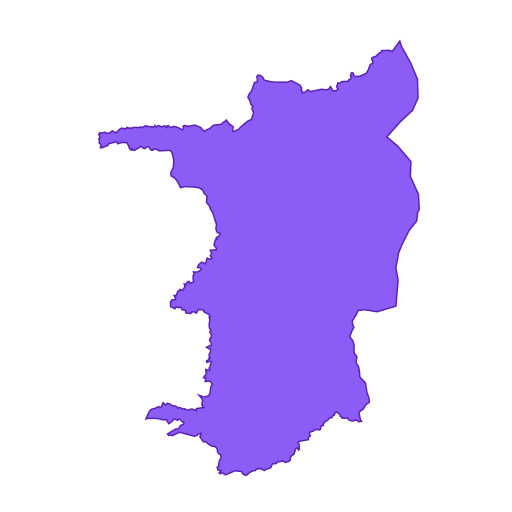 outline of Pano Panagia, Paphos, Cyprus, rotated 2°
{"feature_id": "46923920B33714587896947", "entity_name": "Pano Panagia", "entity_type": "district", "adm_level": 2, "iso_a3": "CYP", "parent_name": "Cyprus", "parent_adm1": "Paphos", "projection": "orthographic", "projection_center": [32.621, 34.95], "detail": "fine", "context": "isolated", "style": "filled", "palette": "violet", "viewbox_px": 512, "rotation_deg": 2, "n_neighbors": 0, "source": "geoboundaries", "source_scale": "gbopen_adm2", "svg_char_len": 6089}
<svg xmlns="http://www.w3.org/2000/svg" viewBox="0 0 512 512"><g transform="rotate(2 256 256)"><path d="M392.2,36.2L385.0,46.7L382.4,45.9L374.5,46.2L373.9,47.9L371.9,49.1L369.0,52.1L365.1,53.7L364.7,55.3L365.5,56.3L366.1,59.5L363.8,60.4L362.3,63.9L362.2,65.2L359.9,69.5L353.5,72.7L348.7,73.2L347.4,72.3L346.7,69.9L345.6,69.4L344.9,69.7L344.1,72.7L345.2,74.7L344.3,76.0L342.5,76.6L342.3,78.1L335.3,78.8L333.7,80.5L331.9,80.1L330.6,84.0L332.1,86.4L330.3,88.0L327.1,88.2L324.5,84.1L323.0,86.6L320.8,87.4L315.3,87.1L305.4,89.6L303.6,89.5L302.6,88.1L301.8,88.2L299.2,90.6L296.5,91.2L296.3,89.6L295.3,88.7L295.8,86.6L293.8,83.6L285.2,79.5L281.5,81.2L268.6,81.6L263.4,81.1L258.0,79.9L256.4,77.0L253.7,75.2L251.4,75.3L250.5,76.8L251.3,79.6L251.0,82.0L248.4,82.7L245.8,91.1L243.1,95.1L242.4,97.8L244.2,100.4L245.8,105.0L247.7,106.6L246.7,108.6L248.6,113.0L246.5,119.8L243.2,121.4L239.0,124.9L238.5,126.1L237.2,126.6L234.1,130.1L228.8,132.5L228.2,132.0L228.7,127.7L224.5,124.7L221.5,121.1L219.8,123.2L218.8,123.3L217.0,125.5L208.9,126.8L204.8,130.7L203.3,131.0L200.4,132.9L198.2,132.0L196.4,129.5L190.5,127.3L184.1,128.7L179.8,128.1L178.6,128.8L179.3,130.3L178.2,132.5L172.0,129.7L168.9,129.4L167.8,130.3L165.1,130.0L163.9,128.7L162.8,128.9L162.7,130.6L161.8,130.8L160.7,129.2L159.4,129.2L157.5,130.3L153.8,129.0L151.9,130.6L150.4,129.3L150.5,129.9L148.5,130.9L147.8,130.3L145.5,130.6L142.6,129.9L141.7,130.6L141.0,129.8L137.3,131.6L135.9,131.0L135.3,131.7L129.2,131.7L128.3,132.4L126.2,132.4L125.8,133.0L122.4,131.9L121.8,133.5L117.1,132.9L114.9,134.4L111.9,137.9L108.0,135.9L105.2,138.2L102.5,138.5L100.5,137.6L97.0,138.7L95.9,138.1L94.5,139.8L95.8,142.3L95.6,143.9L94.8,144.4L95.5,145.6L95.3,148.4L96.3,149.0L97.3,151.1L96.7,153.0L97.5,152.8L97.8,153.4L104.2,150.6L104.7,149.1L112.5,146.6L114.1,148.7L118.1,147.2L123.0,147.3L125.0,150.6L126.0,153.5L128.2,153.3L127.6,154.4L130.9,154.6L137.3,150.4L139.3,152.1L141.1,152.6L143.2,150.7L144.6,150.5L145.4,150.9L146.8,153.4L148.1,154.0L149.4,153.8L150.2,152.7L152.8,152.8L155.7,154.3L166.3,153.4L168.5,155.6L170.5,163.1L170.3,170.1L168.0,175.6L168.3,178.9L172.1,180.8L175.6,185.3L178.2,190.4L182.5,189.1L192.1,189.2L196.7,189.8L200.4,191.9L201.8,195.0L205.0,197.9L204.6,204.3L207.8,207.6L208.6,210.4L211.4,214.4L214.6,224.0L215.1,224.0L215.4,225.4L215.0,230.4L215.5,231.8L216.5,233.9L219.4,234.8L218.5,237.4L215.7,238.9L216.2,240.7L215.2,240.7L214.7,241.5L213.6,246.0L213.8,246.9L216.2,249.7L216.4,251.1L210.1,251.9L211.6,254.7L210.3,257.5L212.1,259.5L211.0,260.5L208.9,260.6L207.4,259.8L205.6,265.6L203.2,264.3L201.7,264.2L199.0,266.7L197.9,269.5L201.2,269.9L202.1,271.0L199.8,273.1L197.1,274.2L194.0,274.1L195.0,275.8L193.9,277.4L193.9,280.9L194.6,283.9L190.8,285.7L190.2,283.9L188.6,283.9L186.9,286.9L185.3,286.4L186.0,289.3L183.8,292.9L181.1,292.1L180.8,293.2L179.3,293.8L177.4,298.5L175.5,298.3L177.3,301.7L176.2,302.6L173.7,302.7L172.2,304.7L172.4,309.6L176.9,311.5L177.4,310.0L179.2,309.8L180.0,310.4L182.8,309.8L183.9,312.3L187.5,312.7L187.7,315.2L192.8,315.8L193.7,314.2L196.6,314.0L198.2,315.2L198.8,314.8L199.4,312.5L200.3,311.7L203.7,311.6L205.5,311.7L205.7,313.5L211.7,316.5L212.1,318.6L211.3,318.6L212.0,321.3L211.6,325.9L211.9,329.5L213.5,331.7L212.4,333.3L214.1,336.2L214.2,338.7L212.7,340.2L212.6,342.0L214.1,343.9L214.6,346.4L209.7,348.9L211.9,350.2L213.6,350.4L213.9,353.7L212.6,355.6L212.9,358.8L213.6,359.4L213.2,360.5L212.4,360.2L212.0,361.6L210.2,362.5L210.5,364.0L214.5,362.8L215.2,363.5L214.2,366.0L214.3,367.5L213.0,369.7L213.8,371.5L213.0,372.0L209.9,371.1L209.9,373.4L210.8,374.8L207.8,379.4L209.8,379.7L210.0,381.5L209.6,383.2L214.3,382.5L216.8,385.5L215.7,387.3L215.1,390.3L215.0,394.6L213.3,397.4L209.0,398.8L203.9,397.1L206.9,400.5L207.7,402.7L207.1,405.7L207.3,407.2L209.2,409.2L201.7,410.6L201.7,412.7L197.3,411.1L192.9,412.5L189.6,411.1L189.3,411.8L184.8,410.0L183.2,410.9L182.6,409.8L180.8,408.8L177.5,408.6L175.2,406.9L172.4,406.3L170.9,408.1L168.1,405.9L166.8,410.0L165.3,410.7L164.0,409.9L159.9,412.0L156.7,412.9L154.8,415.0L151.7,422.6L154.0,422.0L162.7,421.8L169.6,423.0L172.4,422.7L173.1,424.6L174.8,426.7L178.6,423.4L179.0,422.1L180.8,421.8L183.4,423.0L184.0,421.9L185.2,421.6L188.7,424.6L189.9,424.7L189.2,426.8L186.6,427.9L184.6,431.6L182.0,431.6L173.8,436.9L174.2,437.6L175.2,438.4L176.6,437.8L178.5,438.5L185.9,434.8L200.7,438.3L203.5,437.3L204.6,435.9L207.4,435.1L206.3,438.7L209.8,443.5L212.4,443.4L215.2,445.8L218.4,447.5L221.6,447.8L224.1,450.1L224.2,452.6L225.3,454.3L226.3,455.5L227.7,456.0L228.1,459.7L226.8,461.1L226.0,464.9L226.1,467.3L224.6,468.4L225.2,471.0L228.5,471.7L226.6,474.1L227.9,474.8L229.9,473.9L233.1,475.8L242.4,471.4L249.2,471.9L250.5,474.5L253.6,475.6L254.9,474.9L256.9,472.7L260.9,470.6L262.9,470.5L263.5,469.4L265.4,468.5L267.5,468.6L268.4,467.8L269.2,468.9L271.8,470.1L274.0,468.6L278.0,467.2L279.7,463.1L283.2,462.8L284.8,461.1L290.4,459.9L292.4,461.3L296.0,460.2L297.4,458.5L297.4,455.9L298.7,454.2L300.9,452.7L302.5,446.9L304.2,446.5L305.3,448.5L306.2,447.5L305.6,442.7L304.5,441.9L304.8,440.5L307.2,439.3L314.6,437.8L315.2,434.9L316.6,433.8L315.5,432.0L316.1,430.1L319.2,429.1L320.5,427.7L322.9,427.2L325.1,427.7L326.6,427.0L326.5,425.4L327.3,423.4L329.2,423.0L329.1,421.3L331.7,418.4L333.3,417.8L335.5,414.9L337.1,415.1L338.3,413.6L338.4,412.5L339.7,412.3L340.3,410.2L342.0,408.9L345.3,411.5L345.8,413.1L347.5,414.1L347.6,415.0L350.5,415.1L353.1,414.4L353.7,415.9L356.5,417.4L358.4,417.5L361.1,416.5L362.8,416.8L364.5,418.1L367.3,417.5L365.9,415.7L364.3,408.5L368.5,405.2L371.1,400.6L374.4,398.3L373.7,393.4L371.8,389.2L369.8,379.0L363.9,373.1L363.6,368.8L362.3,362.9L359.7,359.3L360.3,353.1L357.4,349.2L357.1,341.6L355.8,337.4L352.5,333.4L354.5,327.5L356.4,323.9L355.1,321.3L354.5,317.7L357.7,312.1L360.0,306.9L366.5,305.9L378.9,307.5L397.6,301.2L398.8,274.9L396.1,262.3L397.6,254.6L398.0,249.2L401.3,239.9L408.1,225.1L415.3,215.5L416.0,208.5L415.6,208.0L417.5,203.7L416.2,188.7L407.5,171.2L407.5,156.2L393.8,141.2L382.6,132.4L395.0,117.4L407.4,104.9L412.4,92.4L411.2,73.7L403.7,57.4L394.0,41.3L392.2,36.2Z" fill="#8b5cf6" stroke="#5b21b6" stroke-width="1.5"/></g></svg>